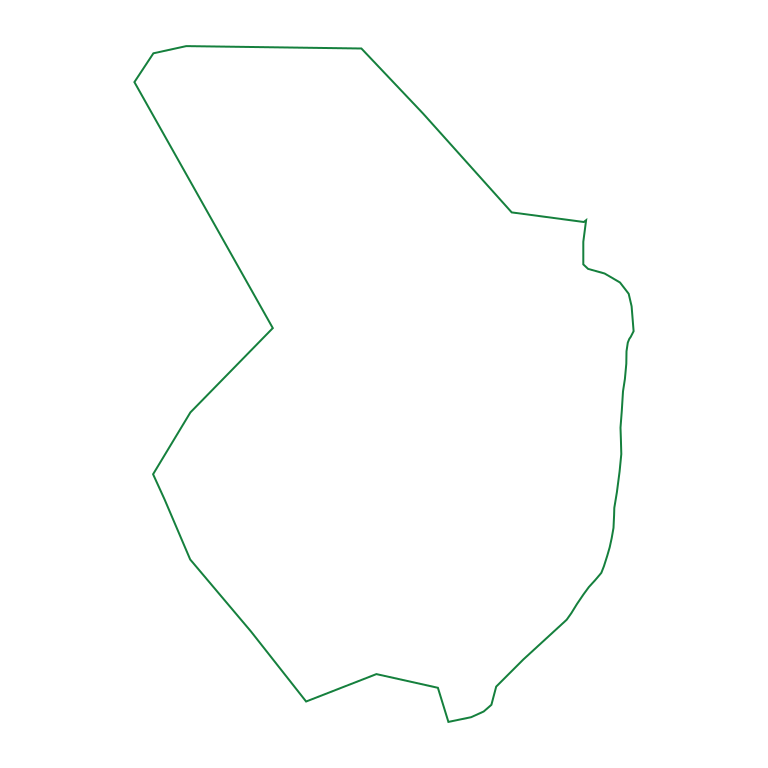 outline of Bois Catchet, Castries, Saint Lucia
{"feature_id": "8701671B73326281141145", "entity_name": "Bois Catchet", "entity_type": "district", "adm_level": 2, "iso_a3": "LCA", "parent_name": "Saint Lucia", "parent_adm1": "Castries", "projection": "natural_earth1", "projection_center": [-60.993, 14.004], "detail": "fine", "context": "isolated", "style": "outline", "palette": "green", "viewbox_px": 768, "rotation_deg": 0, "n_neighbors": 0, "source": "geoboundaries", "source_scale": "gbopen_adm2", "svg_char_len": 855}
<svg xmlns="http://www.w3.org/2000/svg" viewBox="0 0 768 768"><path d="M153.7,475.6L164.6,499.5L190.2,559.5L250.9,631.4L306.1,701.5L376.4,674.1L437.9,687.8L448.4,721.9L471.1,717.2L483.7,711.5L491.4,704.8L496.2,686.6L523.3,659.5L566.7,619.7L571.3,613.2L576.9,604.1L583.2,594.8L584.5,593.0L588.9,587.0L595.2,580.1L601.3,572.9L603.9,566.3L607.3,555.6L609.7,547.3L611.7,538.1L613.5,527.9L614.1,515.1L614.3,507.9L616.9,492.2L619.6,471.4L621.3,454.1L620.9,439.4L620.5,427.7L621.8,410.7L623.0,391.4L624.9,379.0L626.3,363.8L626.5,351.3L627.8,342.6L629.3,338.9L630.7,336.9L633.6,331.2L631.6,306.3L628.7,293.8L620.0,282.5L604.6,273.5L588.1,268.9L583.3,264.4L583.3,241.8L586.1,220.2L583.8,222.0L511.7,212.4L423.1,113.6L361.4,48.5L186.3,46.1L153.4,53.3L134.4,82.1L272.8,328.1L190.4,412.4L153.1,474.2L153.7,475.6Z" fill="none" stroke="#15803d" stroke-width="2"/></svg>